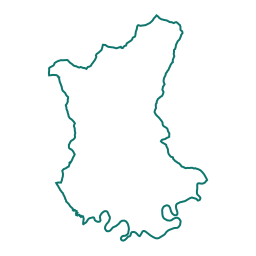 Darlos, Sibiu, Romania (orthographic projection)
{"feature_id": "2599482B31956564735352", "entity_name": "Darlos", "entity_type": "district", "adm_level": 2, "iso_a3": "ROU", "parent_name": "Romania", "parent_adm1": "Sibiu", "projection": "orthographic", "projection_center": [24.398, 46.22], "detail": "fine", "context": "isolated", "style": "outline", "palette": "teal", "viewbox_px": 256, "rotation_deg": 0, "n_neighbors": 0, "source": "geoboundaries", "source_scale": "gbopen_adm2", "svg_char_len": 5752}
<svg xmlns="http://www.w3.org/2000/svg" viewBox="0 0 256 256"><path d="M207.1,180.1L206.5,178.6L204.2,174.5L202.8,172.7L200.6,170.4L198.0,169.1L196.0,168.6L195.4,168.2L194.0,168.5L192.3,167.8L191.1,167.8L189.3,168.0L187.2,167.9L185.7,168.2L184.2,167.6L183.8,167.1L181.6,166.5L180.5,164.9L179.0,163.3L177.5,162.7L176.5,161.7L175.7,161.4L175.0,160.9L174.5,160.2L173.1,158.8L173.0,157.5L172.9,157.3L171.0,156.8L170.3,156.1L169.0,154.5L168.4,153.3L168.2,152.6L167.8,149.0L166.4,146.2L166.1,144.7L161.7,142.2L160.9,141.2L162.0,139.8L165.5,138.9L166.6,137.9L167.6,137.7L169.2,136.8L169.3,133.3L168.1,131.4L167.3,128.6L165.6,127.3L164.0,126.4L163.2,125.7L162.7,124.6L162.5,122.5L161.8,121.3L159.0,117.7L156.0,114.8L155.0,113.0L154.6,112.1L154.6,111.4L155.3,109.4L156.0,108.1L155.8,106.1L155.8,104.7L156.0,103.9L156.7,102.9L156.7,101.8L156.9,101.0L157.4,100.2L157.9,99.0L159.6,97.7L160.4,96.9L162.1,95.9L162.4,95.5L163.4,92.7L163.5,92.0L162.4,89.8L163.0,86.7L164.6,84.3L163.7,82.1L163.6,80.2L164.1,78.0L165.5,75.2L165.9,73.3L166.9,72.1L167.5,70.9L168.3,70.1L170.9,64.3L171.5,63.6L172.1,62.6L172.8,62.3L172.8,59.9L174.3,56.1L173.7,54.0L174.0,52.5L174.0,50.1L174.5,49.4L175.1,49.0L175.7,47.0L176.0,44.8L177.8,41.1L179.1,39.9L179.8,38.9L181.1,35.7L181.1,35.1L182.5,33.1L182.4,32.0L181.9,31.1L180.7,30.2L180.5,29.8L180.4,26.6L179.9,25.1L178.6,24.1L178.0,23.4L176.5,22.2L175.3,22.3L173.7,23.1L171.7,22.2L169.8,22.1L167.2,20.6L161.5,19.3L160.4,18.7L159.2,17.9L158.1,16.5L156.5,15.4L155.7,16.5L153.8,18.5L152.6,20.5L150.0,22.9L145.6,25.1L140.4,25.8L138.5,25.2L137.8,25.4L137.4,26.1L137.1,26.9L136.7,29.5L135.9,31.3L135.3,35.7L134.9,36.6L132.9,37.6L132.6,38.0L132.2,39.3L131.3,40.4L126.7,43.4L126.1,45.5L124.5,46.0L123.0,47.5L122.7,48.1L121.9,48.0L121.2,47.7L120.9,46.8L120.6,46.8L118.9,47.5L116.3,48.3L113.7,47.5L108.1,46.8L107.9,46.5L106.9,46.2L105.5,45.0L102.9,44.8L102.0,48.6L101.4,50.1L98.6,52.6L96.7,54.0L96.4,54.4L95.9,55.4L96.3,56.8L96.0,57.7L94.8,60.1L92.4,63.4L91.6,64.3L90.9,65.8L89.4,66.6L87.8,67.0L86.4,68.9L84.6,68.0L83.1,67.9L80.7,67.0L79.5,67.5L78.5,67.4L76.1,66.2L75.2,66.2L74.5,65.8L73.8,65.7L71.7,63.8L70.1,62.8L67.7,60.2L67.1,60.0L62.3,60.3L61.3,60.1L59.1,60.7L57.1,61.5L55.4,62.5L54.7,63.0L54.1,64.5L53.5,65.5L49.9,67.4L49.1,68.2L49.2,70.1L48.9,73.2L49.1,75.3L50.1,75.3L52.9,74.9L56.2,75.1L57.4,75.7L58.2,76.5L58.3,77.2L59.2,77.4L59.1,78.5L59.8,82.0L60.8,84.3L61.1,85.4L61.6,86.4L62.0,88.6L62.6,90.6L64.9,92.7L65.4,93.4L66.0,94.8L66.8,95.9L68.0,96.9L68.1,97.2L68.1,98.1L67.7,100.0L67.8,101.7L66.7,104.0L65.8,105.1L65.8,105.5L66.4,107.3L66.5,109.1L67.6,111.6L67.7,112.8L68.3,114.5L68.7,116.4L69.7,118.1L71.7,119.5L73.7,121.6L74.9,123.4L74.3,124.5L73.9,126.0L74.7,128.3L74.8,130.6L75.3,133.1L74.8,134.9L75.0,136.8L74.9,137.5L74.6,138.1L73.5,139.4L71.0,141.0L70.0,142.6L69.6,143.7L68.9,144.6L68.9,147.3L69.2,148.1L69.6,148.6L71.5,149.6L72.4,150.4L73.7,152.3L73.9,153.0L74.7,154.3L74.6,154.7L74.1,155.7L73.3,157.0L71.7,160.7L70.5,162.6L70.1,162.2L69.5,162.8L69.8,163.1L68.7,166.6L67.3,167.2L66.0,168.2L63.7,169.1L62.3,170.6L63.0,174.0L62.8,176.6L62.4,177.7L61.9,180.1L61.0,182.6L58.1,182.5L56.2,183.0L56.8,184.2L57.1,184.4L57.2,184.8L58.1,185.9L58.5,186.9L59.5,188.5L60.2,190.0L61.5,191.5L61.8,192.2L62.8,193.0L63.2,193.9L63.5,194.9L64.5,196.5L64.7,197.3L65.1,198.0L65.1,198.7L65.8,199.8L66.2,201.0L66.2,201.5L68.6,203.8L70.3,206.4L72.3,208.2L73.2,209.4L72.8,210.0L73.5,210.7L74.0,210.7L74.3,210.0L74.7,209.9L75.9,210.9L76.7,211.1L76.7,211.7L76.4,211.6L76.3,211.9L76.4,212.2L77.1,212.6L76.0,213.3L76.1,213.6L76.7,213.6L76.1,214.6L76.2,215.1L76.7,215.2L77.2,214.8L77.7,215.3L78.1,214.6L79.4,214.8L79.8,215.3L79.8,215.8L79.9,216.0L80.7,215.9L80.6,216.5L81.0,217.0L82.5,216.2L83.1,216.4L83.7,218.9L83.3,221.5L83.1,224.0L83.3,224.2L86.1,222.4L88.1,219.4L89.3,218.3L92.8,217.4L93.5,217.4L94.1,217.8L94.7,219.8L95.0,220.3L95.7,220.9L96.9,221.5L98.0,221.8L99.7,221.6L100.5,220.4L100.3,219.1L100.0,217.9L100.1,215.9L100.7,214.8L101.8,213.2L103.5,211.8L104.6,211.2L106.2,211.2L106.7,211.3L107.3,211.8L107.8,212.6L109.1,215.7L109.7,216.6L109.9,217.7L109.8,218.6L109.4,219.9L108.6,221.8L106.6,224.0L105.3,226.3L105.0,228.0L105.1,228.9L106.2,230.6L106.6,231.0L108.2,231.3L109.7,230.8L110.4,230.4L112.8,227.5L116.1,226.0L118.9,223.7L120.3,221.9L121.9,220.8L124.0,220.6L125.7,221.2L126.6,222.0L127.9,224.1L128.7,227.1L128.9,229.3L128.6,230.6L128.2,233.4L127.2,234.5L126.0,235.4L124.9,235.8L123.2,235.9L122.2,236.4L121.6,236.9L121.1,237.9L120.9,238.6L121.0,239.2L121.6,240.1L123.0,240.6L123.5,240.6L124.9,239.9L126.0,239.0L128.2,236.6L129.6,236.3L130.4,235.6L131.1,233.2L131.7,232.3L132.0,232.1L133.7,231.9L135.5,232.5L137.1,234.0L138.6,235.7L139.7,236.1L140.2,235.6L142.6,231.4L143.5,231.0L144.6,231.1L145.7,231.7L150.3,235.3L152.7,236.8L155.1,238.0L156.8,238.4L157.9,238.3L158.9,238.0L164.0,234.9L165.0,234.0L166.4,232.0L167.9,230.7L169.0,230.0L174.0,228.1L177.5,227.8L178.9,226.7L180.0,225.0L180.2,224.1L180.6,221.7L180.5,220.8L179.5,219.2L178.8,218.5L177.6,217.8L176.8,217.7L175.0,218.1L172.8,219.1L172.0,219.9L171.2,220.3L169.6,220.6L167.2,220.3L164.1,218.5L163.4,217.6L162.7,216.0L162.4,214.5L162.2,210.9L162.2,209.8L162.6,208.5L163.6,206.8L164.4,206.2L166.3,205.4L167.5,205.4L168.9,206.0L169.1,206.2L170.1,208.0L171.1,211.5L171.9,213.0L172.7,214.0L174.1,215.0L175.1,215.3L175.9,215.2L177.0,214.7L177.4,213.8L177.4,212.8L177.3,211.9L176.2,208.5L175.9,206.7L176.2,204.9L177.0,203.8L180.0,202.3L185.0,201.1L189.9,198.2L191.8,197.5L195.9,198.7L196.5,199.0L197.8,200.5L198.7,200.4L199.8,199.8L200.4,198.6L200.3,197.7L199.9,197.0L197.5,194.6L197.2,194.2L196.9,192.8L196.9,191.2L197.3,188.1L197.2,184.9L197.4,184.2L197.6,183.7L198.4,183.3L199.9,183.4L201.8,183.7L203.6,183.3L205.1,182.4L206.0,181.1L207.1,180.1Z" fill="none" stroke="#0f766e" stroke-width="2"/></svg>